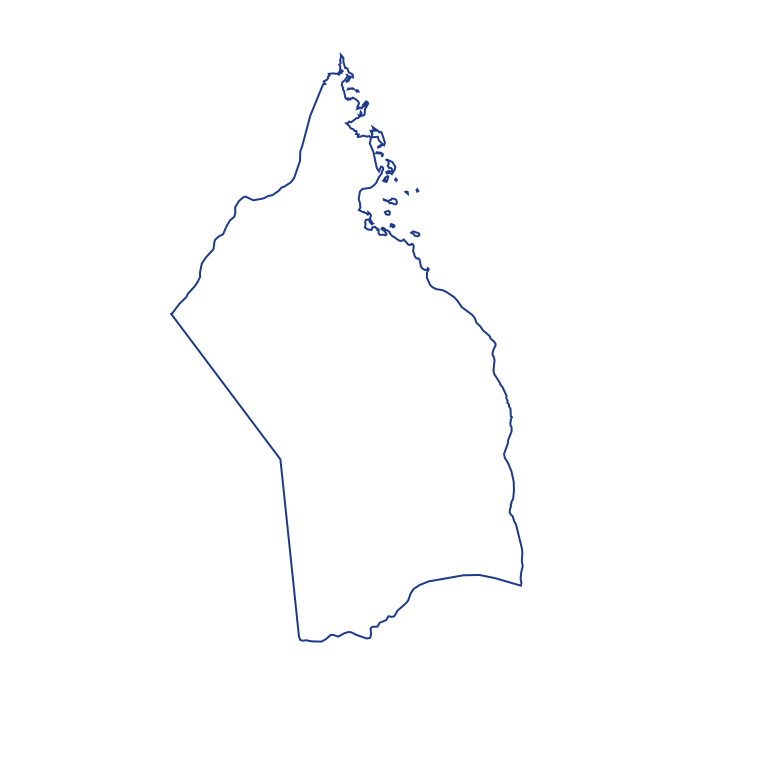 Araeta, Debubawi Keyih Bahri, Eritrea, rotated 30°
{"feature_id": "51966322B42999406046920", "entity_name": "Araeta", "entity_type": "district", "adm_level": 2, "iso_a3": "ERI", "parent_name": "Eritrea", "parent_adm1": "Debubawi Keyih Bahri", "projection": "mercator", "projection_center": [40.88, 14.412], "detail": "fine", "context": "isolated", "style": "outline", "palette": "blue", "viewbox_px": 768, "rotation_deg": 30, "n_neighbors": 0, "source": "geoboundaries", "source_scale": "gbopen_adm2", "svg_char_len": 6182}
<svg xmlns="http://www.w3.org/2000/svg" viewBox="0 0 768 768"><g transform="rotate(30 384 384)"><path d="M603.4,490.2L602.6,487.7L599.5,484.1L596.9,478.3L595.3,472.6L591.6,468.0L588.6,461.6L585.7,457.5L568.4,439.5L565.5,437.9L561.6,434.2L559.7,433.9L556.9,432.3L555.2,427.8L555.3,426.7L554.1,425.3L554.2,423.8L553.4,422.9L553.3,418.9L549.5,410.7L545.0,403.5L538.0,395.9L531.4,390.7L525.5,387.5L522.9,384.5L521.1,374.1L519.5,370.2L518.2,361.3L516.3,357.9L514.4,356.7L512.6,354.2L512.5,352.7L511.5,351.5L511.4,348.8L510.0,348.6L505.9,342.2L503.2,340.7L502.5,339.2L500.3,338.6L499.2,336.5L496.8,335.0L496.2,333.1L487.8,327.2L485.0,326.4L483.8,325.1L474.3,320.1L472.2,317.8L467.8,308.1L465.5,305.6L463.5,304.6L462.5,302.8L461.5,298.8L461.4,295.0L460.4,293.3L457.8,292.1L453.9,291.5L451.1,289.5L442.9,288.1L439.3,286.2L433.2,284.6L430.1,281.8L426.3,280.1L412.8,278.5L406.2,275.3L401.2,273.7L391.8,273.1L387.6,273.5L381.6,275.8L377.4,275.9L374.5,275.2L368.1,270.6L365.6,266.2L365.4,262.5L364.9,261.9L364.0,261.8L364.3,263.4L362.8,264.7L360.1,264.9L357.6,264.1L352.5,258.4L350.8,258.1L350.1,258.8L348.1,258.7L346.1,257.5L345.1,256.1L343.0,254.7L340.6,249.4L339.4,248.6L337.9,248.8L337.7,250.1L335.5,251.2L328.9,249.0L327.6,251.4L325.5,252.2L316.6,251.6L314.3,250.9L312.6,249.5L309.3,249.3L307.9,251.4L311.1,252.6L311.2,254.4L308.8,255.0L305.9,256.9L303.9,256.3L302.5,253.3L301.2,252.8L301.0,253.4L301.6,253.8L301.2,254.0L300.4,252.6L299.5,253.0L297.7,252.3L295.7,254.1L296.2,256.2L295.8,257.2L294.3,257.3L293.3,258.3L289.2,258.0L288.0,254.4L286.7,253.2L286.3,250.9L288.4,249.2L291.8,250.5L292.5,249.8L289.3,248.1L288.4,244.4L286.7,243.5L284.6,243.2L285.6,244.7L285.2,245.4L283.0,245.0L281.0,245.4L280.6,245.0L279.4,245.7L275.3,245.9L275.4,243.2L273.1,239.8L269.5,236.3L266.9,229.3L267.9,225.8L274.0,221.1L275.9,217.3L276.7,213.7L276.2,207.8L276.7,202.4L275.9,201.5L276.1,199.2L275.4,197.4L273.8,196.8L272.7,197.3L273.3,202.3L269.7,200.5L258.7,188.2L251.4,182.8L249.9,178.0L248.6,176.9L247.1,176.8L245.6,178.3L242.1,179.2L238.1,183.2L237.5,182.9L237.3,180.6L234.8,181.6L234.6,180.1L233.5,178.7L231.8,179.6L230.6,178.7L227.2,179.2L224.9,177.8L221.0,177.1L222.3,176.0L222.6,174.1L224.7,173.8L227.3,167.5L228.6,166.6L229.1,164.7L228.3,164.1L228.9,164.1L229.6,162.7L228.4,162.0L227.8,160.0L229.2,160.8L229.9,162.5L230.7,161.8L230.2,162.8L230.2,163.4L232.3,161.1L232.1,159.5L230.1,155.6L230.1,149.1L228.6,148.1L227.2,148.2L226.4,152.3L227.8,151.7L228.1,149.4L229.0,152.5L227.1,154.0L226.9,156.1L226.2,155.8L223.4,158.9L223.5,157.4L222.7,157.9L222.3,157.3L222.1,153.6L220.6,152.3L217.5,151.6L214.3,151.5L212.8,152.1L214.2,151.9L212.6,153.5L209.1,155.1L211.4,155.2L210.2,156.1L207.5,155.5L202.8,150.2L201.2,149.4L200.5,147.9L198.1,146.5L197.0,143.3L198.1,141.0L198.7,135.8L196.5,134.3L198.7,135.4L200.8,134.9L200.7,139.0L201.2,139.2L200.3,140.3L200.6,140.8L201.8,139.0L201.2,137.0L201.7,136.7L201.6,134.5L203.9,133.9L201.9,131.6L197.7,131.7L194.3,129.0L192.5,129.8L187.7,125.3L185.8,121.9L182.1,120.5L183.5,122.8L184.3,126.0L186.0,127.6L185.6,129.9L187.3,130.7L189.2,134.5L189.9,134.3L189.7,133.4L191.6,133.7L191.1,134.7L191.8,135.7L190.3,137.5L190.8,135.5L189.6,134.9L188.9,138.0L189.6,137.4L190.1,138.7L188.6,138.7L184.7,140.4L181.1,143.0L182.6,144.1L181.8,145.6L182.6,147.0L182.6,148.7L180.5,152.1L183.0,153.6L181.6,154.6L181.7,157.1L186.0,188.5L194.3,219.2L195.2,224.5L199.7,232.8L203.2,250.5L202.5,255.9L198.8,263.2L197.1,265.0L196.1,269.6L193.0,276.1L189.7,279.2L186.8,283.6L179.0,290.2L170.2,291.0L168.7,292.8L166.9,298.3L166.7,305.4L169.8,310.3L170.7,314.0L168.8,319.5L168.8,326.8L169.8,334.6L167.0,339.1L165.7,343.3L166.0,345.5L168.9,352.5L166.5,363.5L166.0,370.8L168.9,379.5L171.2,383.2L171.6,388.8L171.1,394.6L169.1,403.7L169.3,407.7L166.8,416.5L165.3,428.6L164.6,429.7L332.0,501.1L436.6,645.2L439.4,647.5L441.7,647.1L444.7,644.9L450.1,643.0L458.6,638.4L461.2,634.2L463.4,627.8L465.5,626.7L470.7,625.6L474.4,619.5L477.4,616.4L479.9,615.4L485.3,615.1L496.1,613.1L498.7,611.1L498.8,609.9L497.6,606.6L494.9,602.8L494.8,601.3L495.7,599.8L499.7,597.4L499.6,593.0L503.9,587.4L504.0,582.9L506.9,581.9L508.5,580.7L509.1,579.3L509.0,573.5L512.5,563.4L513.2,559.5L511.8,552.3L512.1,546.7L515.4,540.2L521.4,532.6L548.5,509.9L561.9,501.8L576.9,496.7L603.4,490.2ZM252.8,167.8L245.9,167.2L247.9,168.9L249.0,168.3L249.9,168.9L245.8,171.4L246.5,172.0L247.6,171.3L248.0,173.0L249.0,173.3L248.9,174.4L250.6,176.1L255.0,173.0L257.8,175.6L262.6,176.9L260.3,181.6L260.7,182.1L262.2,180.3L262.7,177.9L264.8,177.3L264.1,174.5L256.2,167.4L255.4,167.3L254.3,168.4L252.8,167.8ZM280.4,187.6L274.3,188.2L273.5,189.4L274.8,188.4L276.6,188.8L276.6,189.5L278.1,190.9L278.1,193.3L280.5,194.4L281.7,193.4L283.7,194.0L284.2,195.2L283.2,197.3L281.7,197.0L281.2,197.7L283.0,198.2L280.2,199.3L281.0,200.2L284.0,198.0L285.9,198.3L286.2,193.4L285.3,190.3L280.4,187.6ZM292.1,224.8L296.1,223.8L298.7,224.6L300.0,223.4L303.1,223.1L304.6,222.3L304.6,220.5L302.7,218.6L300.4,218.4L298.2,219.4L298.2,220.7L295.6,223.7L291.6,224.2L292.1,224.8ZM338.8,236.1L333.5,237.1L332.5,237.8L332.0,239.5L334.5,239.3L336.7,240.1L338.7,239.6L340.1,238.1L339.8,236.6L338.8,236.1ZM301.3,231.8L298.8,234.6L300.8,236.1L303.7,235.0L303.9,234.0L303.2,232.2L301.3,231.8ZM285.0,205.9L284.1,202.5L283.2,202.1L281.9,204.5L281.9,206.6L282.7,206.1L284.1,207.3L282.1,207.3L281.7,208.4L284.8,208.0L285.0,205.9ZM313.5,241.5L310.6,241.7L310.1,242.3L310.8,244.0L311.3,243.4L313.2,243.8L314.1,243.2L314.2,242.1L313.5,241.5ZM307.0,249.1L304.4,249.4L304.2,250.9L306.2,251.2L307.4,249.8L307.0,249.1ZM309.6,207.4L308.6,205.9L307.4,206.0L306.6,206.9L309.6,207.4ZM268.1,185.6L265.7,185.2L263.9,186.1L267.8,185.8L268.2,187.5L267.4,187.7L268.0,187.8L268.5,187.4L268.6,186.6L268.1,185.6ZM316.6,200.8L317.2,199.6L315.4,198.7L315.3,199.9L316.6,200.8ZM291.5,201.6L293.1,201.9L293.0,200.8L291.6,200.2L291.5,201.6ZM264.6,186.7L263.8,186.2L261.9,186.9L261.9,187.9L264.6,186.7ZM215.7,143.5L214.8,142.9L212.5,143.4L215.1,143.8L213.5,144.1L214.4,144.4L215.7,143.5ZM208.2,144.5L211.0,143.4L207.5,143.9L208.3,143.9L208.2,144.5ZM293.7,251.8L294.1,250.8L292.2,251.3L293.7,251.8ZM205.4,146.9L207.4,145.0L205.3,145.9L205.4,146.9Z" fill="none" stroke="#1e3a8a" stroke-width="2"/></g></svg>